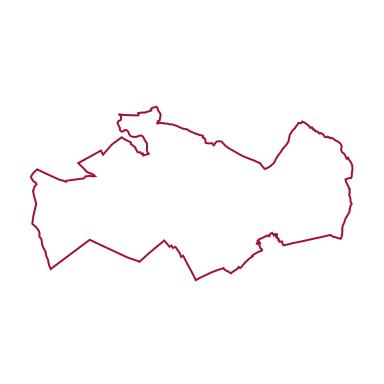 outline of Manesti, Dâmbovita, Romania, rotated 175°
{"feature_id": "2599482B57698310320107", "entity_name": "Manesti", "entity_type": "district", "adm_level": 2, "iso_a3": "ROU", "parent_name": "Romania", "parent_adm1": "Dâmbovita", "projection": "equal_earth", "projection_center": [25.283, 44.948], "detail": "fine", "context": "isolated", "style": "outline", "palette": "rose", "viewbox_px": 384, "rotation_deg": 175, "n_neighbors": 0, "source": "geoboundaries", "source_scale": "gbopen_adm2", "svg_char_len": 6003}
<svg xmlns="http://www.w3.org/2000/svg" viewBox="0 0 384 384"><g transform="rotate(175 192 192)"><path d="M220.0,280.1L220.7,280.0L222.2,279.4L223.5,279.5L224.2,279.3L225.7,278.2L225.4,277.7L225.3,276.8L227.4,276.2L232.8,275.2L233.9,275.4L234.3,275.6L234.9,275.4L236.0,275.6L236.8,275.2L237.8,275.1L238.7,275.4L238.8,274.4L238.7,273.1L240.3,273.1L252.5,274.6L258.6,275.8L257.2,275.1L256.3,274.4L256.0,272.9L256.6,270.0L259.3,268.8L259.8,268.1L260.2,267.1L258.9,263.4L258.3,262.4L258.4,261.1L258.3,259.8L257.6,259.0L256.5,258.2L255.8,258.2L253.7,259.5L252.7,259.6L251.8,259.2L250.3,257.7L249.7,255.4L248.8,253.6L247.3,252.5L244.7,251.9L242.6,251.8L239.5,252.7L238.0,252.7L237.2,252.5L235.9,251.3L234.5,247.8L232.7,244.4L232.9,240.3L233.4,237.3L232.8,235.5L231.8,233.8L237.3,232.6L237.4,234.4L237.6,234.7L238.5,234.3L239.2,234.5L240.1,236.1L242.6,236.3L243.7,238.5L243.7,239.1L244.2,239.6L244.6,240.4L244.5,241.4L245.6,242.3L248.7,245.1L248.5,246.3L248.7,246.8L254.0,250.0L257.4,252.6L267.8,246.2L277.4,236.9L279.1,241.2L302.8,230.7L297.2,224.2L295.6,221.9L294.1,220.6L293.0,220.0L290.1,218.9L289.3,218.4L288.4,217.5L287.3,216.2L289.4,216.2L292.4,217.1L294.0,216.9L296.7,216.9L297.8,215.6L299.3,214.9L311.5,214.4L316.1,214.1L316.7,213.1L319.7,214.7L322.1,215.3L332.8,221.3L344.3,228.0L347.6,225.5L350.0,223.0L351.0,221.2L351.0,220.1L349.8,218.0L349.3,216.8L346.6,214.6L346.2,213.1L348.3,211.2L348.6,210.3L349.4,209.0L349.7,207.6L350.3,207.0L349.5,200.3L348.9,197.9L348.2,193.9L352.0,182.3L353.9,174.3L350.4,170.5L348.1,166.9L347.5,164.1L347.9,160.9L346.1,158.0L346.0,155.3L345.6,151.0L343.1,145.1L342.7,140.7L341.4,137.1L340.8,131.7L339.5,127.6L298.1,153.3L263.4,133.2L260.2,131.6L251.7,127.9L250.5,127.0L240.6,134.5L230.7,141.4L230.2,141.8L229.1,142.4L223.9,146.1L219.2,139.4L217.2,140.4L215.8,137.9L213.7,138.8L213.1,138.5L212.9,138.2L210.2,133.2L210.0,132.9L209.7,132.7L208.5,128.3L206.6,129.3L205.6,127.3L201.1,116.5L200.1,114.4L198.7,110.9L197.0,107.0L196.0,103.9L190.0,106.4L179.4,110.3L173.4,112.0L167.2,113.4L166.9,112.5L165.9,111.6L164.2,110.3L162.6,109.5L160.4,107.6L157.3,109.5L153.9,111.3L152.0,113.3L150.8,112.0L149.4,112.9L145.2,117.2L140.1,121.1L137.3,122.5L137.6,123.3L136.5,124.1L132.7,125.9L128.1,127.5L127.7,127.4L127.3,128.2L127.4,128.7L127.8,129.3L128.3,129.6L128.7,130.2L128.9,130.9L129.1,132.0L129.7,133.3L129.7,133.6L130.0,133.9L130.9,134.6L132.0,134.8L132.0,135.1L130.8,136.3L129.8,135.6L128.9,134.6L128.5,135.1L128.8,135.7L129.2,136.2L130.7,137.3L130.9,137.6L129.8,138.2L129.9,138.6L129.8,138.9L126.7,139.8L125.8,140.2L122.5,141.4L122.2,141.7L121.7,141.7L121.1,142.0L120.1,141.9L118.8,141.1L118.6,141.4L118.8,142.1L118.8,142.3L117.9,143.0L117.5,143.5L117.0,143.7L116.7,144.0L116.0,143.9L115.7,144.1L115.6,143.8L115.4,143.2L115.2,143.0L114.7,143.0L114.4,142.8L114.3,142.7L114.2,142.0L114.2,141.9L112.9,142.9L112.3,142.8L111.9,142.4L111.3,142.6L111.0,142.5L110.9,142.3L111.0,141.8L112.2,141.2L112.5,140.8L112.5,140.6L112.1,139.9L112.1,139.6L111.9,139.4L111.5,139.5L111.3,139.7L111.0,139.6L110.9,139.4L111.0,139.2L111.4,139.3L111.3,139.0L110.6,138.2L110.0,138.0L109.8,137.4L109.9,137.1L110.2,137.0L110.2,136.8L110.0,136.3L109.6,136.1L109.8,135.7L109.5,135.2L109.0,134.8L108.6,134.7L107.3,135.0L106.7,134.9L106.4,134.0L106.3,133.5L106.4,133.2L106.3,132.6L106.1,132.0L105.6,131.5L105.5,130.9L97.7,131.9L96.8,132.2L88.2,133.1L57.7,137.1L55.7,135.3L52.4,134.2L48.3,132.5L47.9,132.6L47.7,132.8L47.0,134.0L46.5,135.4L46.2,136.5L45.5,140.8L45.5,141.1L45.6,141.7L45.7,142.1L44.8,145.2L44.3,146.1L43.2,147.8L42.8,148.6L42.5,149.9L41.9,151.0L41.1,152.6L37.3,157.7L36.6,159.4L36.3,161.5L35.3,164.3L34.8,165.4L34.2,165.8L34.0,166.4L34.1,167.1L34.5,167.6L34.9,168.6L34.8,172.5L35.2,173.9L35.4,174.3L35.6,174.8L35.5,175.9L35.1,177.2L34.8,177.6L34.9,179.0L35.0,180.1L34.9,180.3L34.5,180.7L34.7,181.3L35.5,182.3L35.3,182.8L37.7,188.6L38.0,191.1L37.5,191.3L34.0,192.2L32.9,192.1L32.1,192.3L31.5,193.9L30.9,198.0L30.4,199.3L30.1,201.6L30.1,202.9L30.2,205.1L31.2,207.8L31.9,208.9L32.2,209.7L32.9,210.7L33.3,211.5L33.4,211.9L33.3,212.4L33.4,212.6L33.8,212.6L34.5,212.0L34.8,211.6L35.2,211.9L35.7,213.7L36.6,216.0L37.1,216.9L37.9,217.4L38.9,218.5L39.3,219.1L39.6,219.9L39.7,220.9L39.5,221.3L39.6,222.2L38.8,224.8L39.8,227.0L41.3,228.8L45.2,231.4L46.3,232.3L46.9,233.0L48.2,233.8L48.5,233.9L49.5,233.5L49.9,233.6L51.1,234.9L52.2,235.3L52.7,234.8L53.8,234.9L55.2,235.5L55.5,236.6L56.8,238.5L58.8,239.6L59.6,239.1L60.0,239.1L60.4,239.4L60.8,239.9L61.0,240.5L61.1,240.8L61.7,241.0L63.2,241.7L63.3,242.1L63.6,242.2L64.3,242.2L64.5,242.4L64.6,243.3L64.8,243.7L65.4,243.8L65.7,243.7L66.0,243.7L66.2,243.8L66.4,244.6L66.3,245.2L66.4,245.5L66.6,245.5L66.8,245.8L67.0,246.0L67.5,245.9L68.1,245.7L68.5,245.5L69.8,247.7L71.3,249.2L74.0,251.4L76.1,252.6L76.8,251.6L77.0,251.1L77.8,251.0L78.2,251.2L79.0,251.3L79.4,251.5L79.9,251.5L80.1,251.4L81.0,249.9L82.8,248.1L83.7,246.9L83.8,246.7L84.2,246.2L86.5,244.6L87.9,242.5L89.4,240.8L89.8,239.8L91.1,235.2L91.7,233.6L93.5,231.2L97.5,227.4L100.1,224.1L103.5,220.4L105.9,216.9L107.4,214.4L108.2,213.5L111.3,211.2L112.4,210.5L115.7,209.0L117.4,208.6L117.6,208.7L118.2,209.5L121.1,213.5L121.3,213.9L121.3,214.7L122.4,215.1L128.0,218.3L131.6,219.9L136.3,222.3L138.3,223.4L140.6,224.8L151.3,232.3L154.5,234.9L158.0,239.4L158.6,239.9L159.5,240.0L161.1,240.2L162.3,240.2L163.2,239.9L164.1,239.2L165.7,237.2L166.3,236.6L166.7,237.0L167.6,238.8L171.5,239.0L174.1,239.7L174.2,242.8L174.4,243.7L174.5,243.9L175.2,244.6L176.5,245.2L176.6,245.4L176.6,245.7L176.0,246.6L176.9,247.3L177.8,247.8L179.5,248.0L179.9,248.1L181.7,249.3L183.4,249.7L184.6,250.5L188.3,252.5L190.0,253.6L191.0,254.5L191.5,254.9L192.8,255.1L194.9,255.7L198.2,257.3L201.7,259.4L204.4,260.4L205.7,261.0L206.9,261.3L208.0,261.2L208.8,261.4L209.3,261.8L210.6,262.3L212.7,262.5L216.1,263.4L217.5,263.6L219.5,263.4L220.6,263.4L220.0,265.5L219.5,265.4L219.1,265.4L218.0,266.2L217.4,268.4L216.7,270.8L216.6,272.3L216.9,273.1L218.6,276.1L219.0,278.4L220.0,280.1Z" fill="none" stroke="#9f1239" stroke-width="2"/></g></svg>